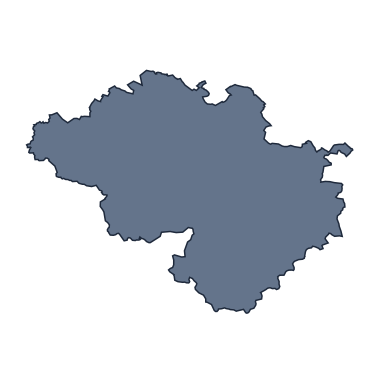 Granard Lea-5, Longford, Ireland (Equal Earth projection), rotated 177°
{"feature_id": "5873133B33667997151224", "entity_name": "Granard Lea-5", "entity_type": "district", "adm_level": 2, "iso_a3": "IRL", "parent_name": "Ireland", "parent_adm1": "Longford", "projection": "equal_earth", "projection_center": [-7.593, 53.814], "detail": "fine", "context": "isolated", "style": "filled", "palette": "slate", "viewbox_px": 384, "rotation_deg": 177, "n_neighbors": 0, "source": "geoboundaries", "source_scale": "gbopen_adm2", "svg_char_len": 5980}
<svg xmlns="http://www.w3.org/2000/svg" viewBox="0 0 384 384"><g transform="rotate(177 192 192)"><path d="M327.6,225.1L325.6,218.6L326.9,217.1L326.5,216.4L326.8,215.2L326.3,214.5L324.0,213.6L322.2,213.6L321.9,212.8L320.9,211.9L319.3,212.3L317.7,211.2L315.1,210.9L313.6,210.0L312.1,209.9L310.9,208.7L306.2,208.7L304.4,206.6L301.1,205.5L299.1,205.3L297.0,203.8L291.9,202.7L287.3,203.7L284.3,198.7L282.1,197.8L281.8,196.8L282.4,196.2L281.3,194.9L281.4,194.6L280.0,193.6L279.0,193.8L277.0,193.3L277.4,192.1L279.3,190.1L279.0,189.6L284.0,186.9L284.4,182.4L282.1,178.9L281.0,176.6L280.0,167.8L277.8,165.9L276.2,163.5L276.6,160.9L277.4,160.5L278.5,158.7L278.4,157.3L277.6,156.8L277.4,155.9L275.9,153.3L272.7,152.9L270.4,153.4L269.3,154.3L267.6,154.6L266.6,153.7L262.3,146.8L259.3,147.3L258.8,149.0L257.5,149.8L255.9,149.2L254.0,146.9L251.1,146.5L250.0,147.0L248.1,146.8L246.7,147.0L246.1,147.4L247.1,148.3L246.4,149.8L244.8,148.3L242.8,147.6L240.8,146.0L240.2,145.0L237.7,143.7L236.4,143.6L226.1,149.4L224.6,153.4L215.9,153.7L209.9,152.3L203.3,152.4L197.6,156.7L193.5,155.7L192.9,154.5L192.9,152.9L192.3,150.1L194.1,148.8L195.8,144.4L199.0,142.3L202.6,133.7L202.3,127.8L205.7,127.6L212.8,130.1L214.7,129.2L213.8,125.0L214.1,120.2L215.3,117.6L217.6,116.8L219.5,115.4L218.4,113.5L214.4,110.4L214.7,110.2L214.2,109.1L213.8,104.8L210.8,103.2L205.9,102.3L204.1,102.4L202.2,101.6L200.1,101.4L199.5,101.8L199.0,102.8L199.7,104.7L198.8,106.9L196.1,105.6L194.6,103.3L192.7,101.5L192.0,100.3L192.5,98.7L194.0,96.7L193.7,94.6L190.5,91.0L185.9,88.4L183.9,84.6L184.0,81.4L182.6,81.1L178.4,78.6L176.0,72.6L174.8,71.5L173.3,71.4L172.1,72.5L171.7,73.7L168.4,73.9L165.5,74.6L164.1,73.8L160.9,73.1L160.1,72.6L156.4,72.1L154.1,70.7L146.7,72.1L144.7,68.7L144.0,68.2L142.6,68.3L141.4,69.2L139.8,71.8L136.3,72.7L134.3,75.6L133.9,77.0L134.4,79.2L133.9,80.4L128.1,81.5L127.5,84.5L128.2,87.2L128.8,88.0L123.5,90.6L121.6,91.9L120.3,92.2L119.0,92.3L116.7,91.3L114.2,91.4L112.7,90.2L110.4,91.0L109.3,93.0L109.9,95.3L109.7,98.1L110.9,101.4L110.6,102.3L110.8,103.0L108.8,104.3L104.5,104.1L102.5,107.5L101.4,108.3L99.3,108.9L96.1,108.8L94.8,108.4L94.1,109.4L94.0,111.2L95.3,115.0L93.8,117.0L93.1,117.5L89.1,118.9L85.1,119.1L83.3,120.0L83.2,121.0L82.6,121.6L82.8,122.3L81.8,126.5L81.1,128.0L80.0,129.0L78.6,129.7L75.6,130.0L74.4,131.5L72.0,130.9L68.4,129.1L67.2,127.7L64.1,128.6L65.0,131.6L64.5,132.2L58.7,134.0L61.5,138.3L60.9,140.0L57.9,142.7L57.4,143.7L55.6,143.2L54.8,142.2L51.9,140.3L47.0,140.5L44.3,139.8L45.3,145.1L46.7,149.8L47.0,152.5L48.6,157.5L48.0,160.6L44.6,163.0L44.4,164.9L42.4,166.4L42.4,167.7L41.2,168.8L40.1,169.0L40.2,172.6L41.0,174.0L41.6,177.1L47.0,178.1L48.7,179.4L47.0,181.1L46.0,182.6L46.1,183.2L43.5,183.9L42.3,185.4L41.9,188.1L42.2,189.5L41.1,191.2L42.3,192.7L49.4,193.9L53.7,195.1L58.4,195.6L62.8,195.1L62.6,195.8L63.0,197.5L61.1,200.0L60.7,202.1L61.0,203.4L60.2,204.9L59.0,210.6L51.6,211.8L51.5,213.4L52.2,214.0L53.1,214.1L55.0,216.7L56.3,218.0L58.0,218.7L58.5,219.7L57.4,221.7L56.1,221.5L55.6,221.9L54.4,221.4L51.6,223.7L45.2,222.4L44.1,225.2L43.7,225.7L42.9,225.9L41.8,225.1L41.5,224.3L40.3,223.4L37.6,222.0L36.0,219.4L32.1,222.7L31.1,224.3L29.3,225.5L29.6,226.5L30.2,227.0L31.4,227.1L32.1,228.4L33.1,229.0L36.7,232.9L38.2,231.6L42.6,231.9L47.3,231.5L48.2,230.9L52.1,225.7L54.0,224.7L55.2,226.1L56.9,226.9L59.6,229.0L60.3,229.2L60.4,228.4L63.1,226.7L63.6,226.8L65.2,225.4L66.5,227.1L67.0,229.6L68.6,231.8L70.7,236.0L73.2,237.2L75.9,235.6L75.1,234.6L79.3,233.9L79.6,231.5L81.1,230.6L87.3,231.9L91.0,233.3L94.4,232.4L97.1,232.5L99.4,233.1L103.1,235.4L109.5,236.4L110.9,235.6L113.0,236.7L117.3,241.2L115.4,247.7L117.1,249.7L114.7,253.0L111.9,253.9L109.5,254.1L110.9,256.1L114.7,259.5L117.7,263.5L118.2,266.3L119.2,267.9L115.9,271.4L116.4,272.3L114.8,273.4L115.8,275.3L114.2,276.1L116.3,278.5L117.5,279.1L119.4,281.6L123.4,285.6L124.9,285.5L126.0,290.0L126.5,290.1L127.9,291.9L127.8,292.2L131.0,293.7L134.2,294.0L141.8,296.2L143.4,297.0L148.0,295.1L148.2,295.4L152.8,292.4L150.6,289.1L148.8,288.0L147.8,286.8L149.6,286.3L152.6,282.1L154.1,280.8L156.4,279.9L157.1,280.7L164.1,277.2L167.3,278.9L168.5,278.6L172.1,279.1L174.3,281.2L176.1,284.9L176.4,286.4L172.1,286.8L170.7,287.5L170.7,287.2L169.7,289.2L170.3,290.6L172.4,292.9L174.8,294.1L174.7,294.8L176.4,295.3L177.2,296.0L175.1,298.7L172.4,299.9L173.4,302.2L176.4,301.4L176.4,301.0L179.1,300.2L179.4,299.3L181.7,297.7L179.4,295.7L182.4,293.2L184.6,294.6L186.5,293.4L193.4,299.1L195.4,302.2L195.9,302.5L197.7,305.9L200.6,305.3L201.2,306.1L201.6,306.0L203.1,307.2L205.2,309.8L209.9,309.1L210.9,309.9L210.4,310.2L210.7,311.0L213.1,310.7L213.3,311.0L216.4,311.7L216.6,312.5L219.7,313.3L221.2,313.0L221.1,311.8L222.2,311.7L223.3,313.3L223.2,313.7L224.6,314.7L226.5,314.5L231.1,315.8L237.7,311.1L236.2,301.3L244.5,305.7L250.7,302.4L247.4,298.1L244.9,296.5L245.8,293.1L252.1,294.9L253.7,296.4L257.4,297.8L259.0,299.1L262.1,299.9L263.7,301.9L269.3,299.2L269.0,298.7L270.1,296.7L269.2,296.4L268.8,295.4L271.0,292.2L275.8,293.9L277.0,292.3L275.9,291.8L277.9,289.0L278.6,287.8L278.6,287.1L281.1,287.9L284.1,289.9L285.2,288.1L287.5,285.8L290.0,281.7L289.6,281.6L289.8,279.4L288.8,278.0L289.8,276.4L290.0,272.6L295.4,273.2L297.7,273.0L298.6,273.3L300.6,270.3L303.0,271.5L306.0,271.6L312.5,267.6L317.6,271.6L322.7,278.2L328.0,276.4L330.4,276.4L329.9,273.3L331.3,271.9L330.8,270.1L332.6,268.5L334.5,269.1L336.3,268.4L337.1,269.9L338.2,268.9L339.0,268.8L340.2,270.2L341.7,269.2L343.2,268.9L343.8,268.4L344.0,267.6L346.4,267.4L345.7,266.2L346.9,265.5L347.5,263.6L347.1,262.5L346.0,261.6L345.9,261.0L346.7,259.4L346.2,257.4L348.4,255.4L347.7,254.2L347.9,252.2L349.8,251.3L350.5,250.5L351.1,248.6L353.5,248.3L354.7,247.7L353.9,246.2L354.0,245.0L353.0,244.9L351.2,245.3L350.6,244.9L352.1,242.6L352.9,240.1L352.0,239.4L348.3,239.4L348.2,238.3L347.0,236.6L347.4,235.2L347.0,232.6L344.0,232.5L343.5,231.6L342.9,231.3L338.7,231.3L337.2,232.5L336.6,233.5L334.9,233.4L333.2,232.2L333.3,230.7L327.6,225.1Z" fill="#64748b" stroke="#1e293b" stroke-width="1.5"/></g></svg>